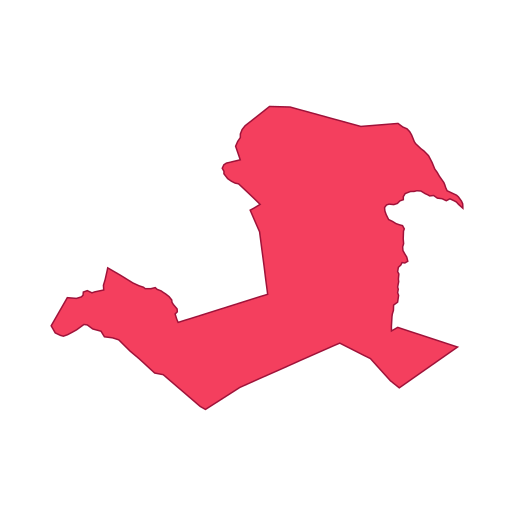 Pesqueira, Pernambuco, Brazil (Natural Earth projection), rotated 84°
{"feature_id": "56859067B17199071441830", "entity_name": "Pesqueira", "entity_type": "district", "adm_level": 2, "iso_a3": "BRA", "parent_name": "Brazil", "parent_adm1": "Pernambuco", "projection": "natural_earth1", "projection_center": [-36.75, -8.43], "detail": "fine", "context": "isolated", "style": "filled", "palette": "rose", "viewbox_px": 512, "rotation_deg": 84, "n_neighbors": 0, "source": "geoboundaries", "source_scale": "gbopen_adm2", "svg_char_len": 2518}
<svg xmlns="http://www.w3.org/2000/svg" viewBox="0 0 512 512"><g transform="rotate(84 256 256)"><path d="M139.0,100.9L138.1,138.2L126.8,167.2L114.1,199.7L111.4,206.5L108.7,226.9L118.7,242.7L125.3,253.2L128.8,256.6L133.0,258.8L136.6,259.2L140.1,262.2L144.7,264.8L158.7,261.6L160.5,275.7L161.9,278.4L165.2,280.4L168.5,279.0L170.9,279.3L176.1,276.1L179.1,272.6L181.3,269.2L182.4,265.8L191.4,258.0L197.5,252.8L205.1,246.5L208.1,252.9L209.8,257.0L225.1,252.2L232.3,249.9L245.4,249.6L268.1,249.0L279.9,248.8L295.3,248.4L295.9,251.3L296.6,255.2L311.4,327.8L312.4,333.1L313.9,340.4L310.7,341.4L305.2,342.5L303.3,340.1L300.4,340.0L295.7,343.2L293.3,344.4L290.9,344.4L287.3,346.7L284.3,349.8L282.4,352.2L280.8,354.0L278.8,357.9L276.9,359.5L277.5,363.9L276.9,369.6L275.3,371.2L273.3,375.6L269.9,381.3L260.7,393.2L252.3,404.7L255.4,405.7L263.7,408.5L269.2,410.8L273.9,411.0L274.8,420.1L275.5,423.0L272.8,427.4L273.8,431.5L276.9,432.1L278.4,433.9L279.4,439.0L277.7,448.0L304.0,467.0L311.5,463.7L314.5,458.8L315.6,455.9L314.6,451.7L312.6,446.7L310.7,442.2L306.1,434.3L306.9,431.0L311.5,426.0L314.6,418.0L320.5,415.2L322.4,407.2L325.0,401.3L337.4,391.2L345.9,383.0L361.8,369.0L364.3,360.7L399.8,327.2L403.3,322.3L399.2,314.1L385.0,285.8L379.7,269.6L378.3,265.4L371.9,245.4L364.5,222.9L358.5,204.2L356.8,198.9L353.2,187.7L351.4,181.8L363.5,163.1L366.1,159.1L370.0,152.9L378.3,146.9L394.2,135.3L402.1,127.3L399.0,121.7L394.1,112.9L389.6,104.8L367.6,65.1L351.6,100.7L347.6,109.7L341.8,122.5L344.7,129.1L340.2,128.7L330.4,127.1L328.0,126.5L324.4,125.0L319.2,124.3L316.7,120.0L313.6,119.2L310.1,118.3L307.3,119.0L303.9,118.0L301.7,118.4L296.5,116.8L293.8,116.8L288.8,115.8L286.4,116.8L282.1,115.6L280.2,113.0L277.8,111.4L278.5,108.7L277.1,105.6L272.8,106.2L269.5,107.8L266.0,109.3L262.2,109.2L259.2,107.9L254.3,107.8L246.6,106.7L244.5,105.7L241.1,107.1L240.0,110.0L238.4,113.4L235.9,116.6L233.6,120.3L228.5,122.2L224.8,123.1L221.3,123.1L218.9,120.9L218.3,118.3L219.3,113.6L218.5,109.9L216.2,107.1L215.4,103.6L212.4,103.3L209.5,101.1L208.0,95.7L208.3,92.0L207.9,89.2L208.6,85.2L211.7,81.2L213.0,78.9L214.4,77.0L214.4,73.0L217.4,69.6L218.5,64.9L220.9,61.0L219.4,57.2L221.9,53.0L223.3,51.0L225.8,49.2L230.1,45.3L227.9,45.1L225.7,45.0L222.9,45.9L218.4,48.5L216.5,50.2L211.1,59.1L207.9,60.2L205.0,60.8L202.6,61.5L195.8,65.3L191.7,67.1L188.3,69.1L181.4,71.1L174.3,73.9L169.1,78.0L166.6,80.7L161.0,85.5L158.9,86.6L155.7,87.5L151.9,88.6L148.5,90.1L145.3,92.5L143.0,96.6L139.0,100.9Z" fill="#f43f5e" stroke="#9f1239" stroke-width="1.5"/></g></svg>